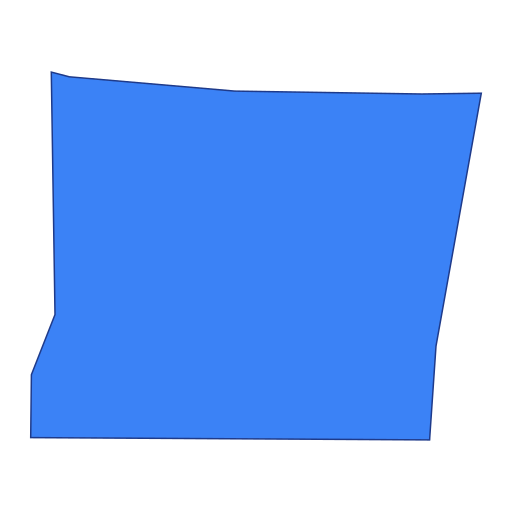 the district of 41, Ad Dawhah, Qatar
{"feature_id": "91078587B71009022079997", "entity_name": "41", "entity_type": "district", "adm_level": 2, "iso_a3": "QAT", "parent_name": "Qatar", "parent_adm1": "Ad Dawhah", "projection": "equal_earth", "projection_center": [51.529, 25.26], "detail": "fine", "context": "isolated", "style": "filled", "palette": "blue", "viewbox_px": 512, "rotation_deg": 0, "n_neighbors": 0, "source": "geoboundaries", "source_scale": "gbopen_adm2", "svg_char_len": 298}
<svg xmlns="http://www.w3.org/2000/svg" viewBox="0 0 512 512"><path d="M429.6,439.9L429.7,439.1L429.7,438.3L436.0,346.1L481.3,93.2L421.8,94.0L234.8,91.1L69.2,76.8L54.4,72.9L54.0,72.8L51.3,72.1L55.0,314.6L31.4,374.7L30.7,437.6L429.6,439.9Z" fill="#3b82f6" stroke="#1e3a8a" stroke-width="1.5"/></svg>